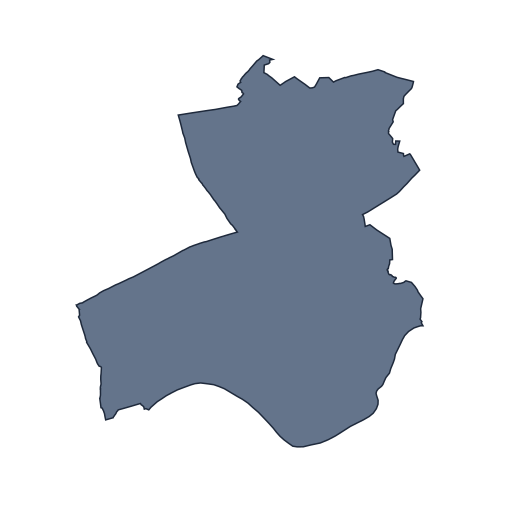 the district of Vecsalienas pag., Daugavpils, Latvia, rotated 170°
{"feature_id": "27541924B65627914021645", "entity_name": "Vecsalienas pag.", "entity_type": "district", "adm_level": 2, "iso_a3": "LVA", "parent_name": "Latvia", "parent_adm1": "Daugavpils", "projection": "equal_earth", "projection_center": [26.809, 55.845], "detail": "fine", "context": "isolated", "style": "filled", "palette": "slate", "viewbox_px": 512, "rotation_deg": 170, "n_neighbors": 0, "source": "geoboundaries", "source_scale": "gbopen_adm2", "svg_char_len": 5943}
<svg xmlns="http://www.w3.org/2000/svg" viewBox="0 0 512 512"><g transform="rotate(170 256 256)"><path d="M84.2,323.6L86.4,329.3L86.9,329.9L93.0,328.4L93.2,330.0L93.0,331.3L98.2,333.7L97.9,336.7L97.0,339.1L94.5,344.2L98.4,345.0L99.2,341.7L101.2,342.1L101.9,344.3L101.9,344.6L101.6,345.6L101.0,347.9L101.3,348.5L104.1,353.4L104.2,353.8L104.2,354.1L103.9,355.0L103.6,355.5L103.9,355.9L103.9,356.1L103.0,357.8L102.9,358.4L97.6,364.3L97.8,366.6L93.7,373.8L93.3,374.5L93.2,374.7L92.6,375.1L91.5,375.7L87.9,378.2L84.7,380.3L84.4,380.4L84.2,381.7L83.8,383.9L83.7,384.5L83.6,385.3L83.4,385.6L83.1,386.3L82.8,387.2L82.6,387.4L82.3,387.8L81.0,388.8L79.8,389.7L79.7,389.8L79.2,390.1L77.0,391.7L74.1,393.7L73.3,394.6L72.9,395.3L71.5,398.3L71.0,399.5L70.8,399.9L70.6,400.5L76.3,403.1L80.3,404.9L81.5,405.4L86.1,407.5L96.3,413.8L97.2,414.4L97.2,414.9L103.5,418.3L109.3,417.7L114.9,417.5L123.4,417.3L128.5,416.9L131.0,416.9L135.2,416.3L135.5,416.2L136.8,416.1L137.6,416.4L146.8,414.7L149.5,413.8L153.3,419.1L162.3,420.4L166.8,414.7L169.0,412.2L171.4,411.8L173.9,412.1L177.8,416.4L184.7,423.3L187.0,425.8L196.7,422.6L198.3,421.8L202.6,419.9L209.6,428.8L211.8,431.0L213.4,432.9L216.4,435.2L215.3,439.9L214.7,442.6L210.2,443.2L208.7,444.3L208.6,446.6L205.3,446.7L213.9,451.9L214.2,452.1L215.5,451.2L219.2,448.9L221.4,447.9L226.3,443.8L228.1,442.4L229.0,441.7L229.6,441.2L229.9,440.8L230.5,440.2L230.8,440.0L232.4,438.7L232.9,438.5L233.4,438.3L234.2,437.7L234.8,437.2L235.3,436.9L236.4,435.9L237.0,435.4L238.0,434.7L238.3,434.5L238.7,434.0L239.9,432.9L240.1,432.7L240.2,432.3L241.2,431.4L241.2,431.0L241.2,430.4L240.9,429.7L243.8,428.4L245.4,425.9L243.4,423.6L243.2,423.5L241.3,421.6L241.4,419.4L240.6,418.8L240.1,417.8L243.1,415.2L245.6,414.1L246.0,413.6L245.5,412.1L244.3,410.9L247.0,408.6L248.7,407.5L250.8,407.5L250.9,407.4L258.7,407.5L270.5,407.4L278.7,407.7L295.6,408.1L308.1,408.3L307.7,404.6L307.5,402.8L307.2,399.2L306.7,391.6L306.7,389.8L305.7,384.5L305.6,380.0L304.6,370.5L303.6,363.4L303.5,359.5L301.8,349.7L301.2,347.1L300.2,343.6L299.3,342.4L298.9,341.7L299.2,341.2L298.5,340.0L296.9,337.2L296.6,337.1L296.0,335.0L295.6,334.5L294.0,331.5L292.9,329.0L291.6,327.0L291.5,326.8L291.5,326.7L289.9,323.8L289.8,323.3L288.5,320.5L287.8,318.8L286.9,317.4L285.4,314.3L285.0,313.4L283.3,309.5L283.0,309.1L279.4,302.7L278.1,298.1L275.3,292.0L273.9,290.3L271.6,285.8L271.8,285.8L270.2,282.8L277.9,282.0L286.6,281.0L295.5,279.8L302.5,278.8L304.6,278.8L307.6,278.4L309.4,278.2L309.6,278.1L314.7,277.3L314.9,277.3L318.8,276.5L319.3,276.5L326.5,274.2L327.0,274.2L334.2,271.6L336.9,270.6L339.4,269.9L341.7,269.3L343.0,268.8L345.7,268.1L350.2,266.6L351.6,266.1L353.1,265.5L364.8,261.7L367.0,261.0L372.3,259.3L380.4,256.7L385.5,255.6L387.3,255.0L396.1,252.6L399.4,251.9L405.1,250.1L407.0,249.5L408.4,249.2L412.2,248.3L416.4,246.8L418.5,245.6L419.7,245.0L421.3,244.5L423.5,243.9L426.3,243.1L426.5,243.1L426.8,242.9L429.1,242.2L434.3,240.4L434.6,240.1L434.9,240.0L437.8,240.0L441.2,238.8L441.4,238.9L441.4,238.6L441.3,237.7L439.3,234.1L439.5,234.1L440.0,228.3L441.3,226.9L440.5,224.1L440.1,222.9L440.0,221.3L439.9,218.9L439.1,213.1L438.4,208.2L438.2,206.2L438.2,204.4L437.5,201.0L437.8,200.4L435.3,193.7L435.2,193.5L433.6,187.9L431.8,182.3L431.1,178.6L430.7,177.2L429.6,174.7L428.2,174.1L427.6,173.1L429.0,167.0L429.7,164.7L430.3,161.6L430.8,156.8L432.0,154.0L432.4,152.1L432.2,152.1L432.6,150.2L433.3,146.0L433.6,145.2L434.4,142.9L434.6,142.9L434.8,137.4L434.9,135.6L435.0,133.5L433.9,132.9L433.0,129.7L432.8,128.2L432.6,127.2L432.6,123.8L432.5,120.7L425.2,121.5L424.8,121.5L424.6,121.9L424.4,122.2L423.5,123.0L423.0,123.6L422.2,124.3L421.6,124.9L420.9,125.8L420.3,126.7L419.9,127.1L419.3,127.4L418.8,127.9L418.4,128.4L415.0,128.7L405.3,129.7L402.7,130.0L396.6,130.7L395.4,130.8L394.9,129.4L393.7,128.4L392.7,126.8L392.6,124.6L390.9,124.8L390.8,124.7L388.3,123.1L385.7,125.3L378.5,129.7L373.5,131.8L368.6,134.0L363.2,135.8L356.7,137.8L350.4,139.0L342.6,140.4L338.3,140.9L332.6,140.6L325.4,138.4L319.9,136.6L315.1,133.9L310.2,130.8L305.1,126.4L299.1,121.2L294.2,117.2L289.4,112.5L285.4,107.3L280.7,101.6L276.5,95.3L272.6,89.4L268.9,83.5L266.3,78.6L263.5,74.1L260.1,69.8L256.3,65.8L252.8,62.3L248.6,60.9L242.6,59.9L234.9,60.4L225.2,60.7L217.0,62.5L209.1,65.0L201.3,68.2L192.7,71.8L185.8,73.9L178.7,76.0L172.4,78.3L167.9,80.8L164.0,84.7L161.6,88.8L160.8,92.7L161.5,97.8L161.6,100.0L160.6,102.1L158.7,103.9L155.0,105.9L153.3,107.5L151.4,110.5L149.2,113.7L144.9,117.5L142.9,121.6L139.4,127.1L137.5,130.5L135.9,134.9L132.9,139.0L129.2,144.1L126.2,148.4L124.8,150.0L123.5,151.7L118.8,155.2L113.0,157.7L110.0,158.2L106.3,158.7L103.7,158.3L104.6,160.8L104.7,161.8L104.0,162.5L105.4,165.4L104.7,166.5L103.4,171.8L103.0,175.5L99.0,184.9L101.0,189.0L102.8,192.9L102.8,193.6L102.9,194.0L103.2,194.9L104.7,198.3L107.5,203.0L112.6,205.5L112.8,205.4L113.0,205.4L113.5,205.2L114.1,204.9L114.6,204.5L115.9,204.2L116.7,204.1L118.6,203.9L119.1,203.9L119.4,204.1L119.9,204.1L120.6,204.0L122.7,204.2L123.1,204.2L123.8,204.4L124.6,204.7L125.2,205.3L125.4,205.5L124.6,207.0L123.6,208.0L122.9,208.7L121.9,209.5L121.7,209.9L121.8,210.3L122.1,210.7L122.6,210.9L122.9,210.9L123.2,211.0L123.5,211.1L124.0,211.4L124.3,211.7L124.7,211.9L125.3,212.2L125.3,212.7L125.6,213.2L126.2,213.9L126.7,214.1L126.9,214.3L127.2,214.2L127.5,214.4L127.8,214.4L128.1,214.7L128.3,215.1L128.4,215.3L128.8,217.2L128.8,217.5L128.6,217.6L128.5,217.9L128.5,218.2L128.7,218.3L128.9,218.3L129.0,218.6L129.1,218.8L129.2,219.4L129.1,220.0L128.7,220.3L128.3,220.7L128.1,220.7L127.9,220.6L127.1,222.9L125.8,225.2L124.9,228.9L122.2,228.8L121.1,236.3L120.7,239.0L121.2,243.0L121.2,244.3L121.2,250.1L132.5,260.6L138.4,267.0L143.3,266.1L143.2,267.9L143.1,273.5L143.2,276.2L143.9,278.3L138.5,279.9L125.5,285.1L125.2,285.2L112.9,290.1L110.5,291.1L106.8,292.6L103.6,294.6L98.8,298.3L98.7,298.4L94.9,301.0L89.0,305.7L85.5,308.0L79.9,312.1L82.5,319.1L83.3,321.1L84.2,323.6Z" fill="#64748b" stroke="#1e293b" stroke-width="1.5"/></g></svg>